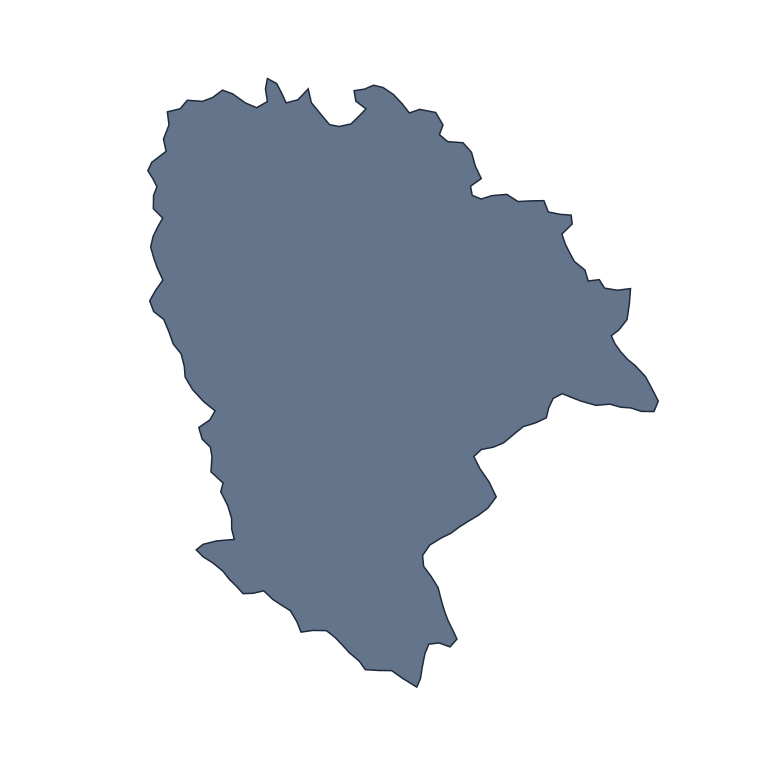 the district of Chalé, Minas Gerais, Brazil, rotated 101°
{"feature_id": "56859067B57408649157877", "entity_name": "Chalé", "entity_type": "district", "adm_level": 2, "iso_a3": "BRA", "parent_name": "Brazil", "parent_adm1": "Minas Gerais", "projection": "robinson", "projection_center": [-41.659, -20.023], "detail": "fine", "context": "isolated", "style": "filled", "palette": "slate", "viewbox_px": 768, "rotation_deg": 101, "n_neighbors": 0, "source": "geoboundaries", "source_scale": "gbopen_adm2", "svg_char_len": 2411}
<svg xmlns="http://www.w3.org/2000/svg" viewBox="0 0 768 768"><g transform="rotate(101 384 384)"><path d="M386.2,218.2L376.3,217.8L365.9,215.2L359.5,207.2L361.3,197.9L363.2,187.5L364.5,171.8L360.7,158.5L361.6,147.1L360.4,137.1L361.8,126.1L359.5,113.7L348.5,111.5L340.8,117.4L326.8,128.8L318.1,140.8L313.5,149.4L307.3,157.7L300.4,165.0L293.2,170.1L286.3,163.8L274.3,157.7L257.8,158.5L243.3,160.2L247.4,172.8L247.8,185.8L240.5,192.6L243.9,203.2L233.8,208.5L227.4,220.5L220.5,226.2L212.4,232.5L202.9,238.0L191.0,229.8L182.5,232.5L183.8,242.9L183.8,255.5L173.5,262.0L176.2,274.7L179.3,287.3L174.4,299.7L178.5,314.0L183.9,324.0L182.0,333.4L173.3,336.8L163.8,327.7L152.6,336.0L139.9,342.3L132.1,352.5L133.9,367.8L128.6,377.2L118.5,375.5L107.6,385.1L107.6,401.4L113.1,410.8L105.5,419.6L98.0,430.0L93.1,441.6L92.7,451.3L98.2,459.3L101.8,469.3L111.8,465.6L117.3,454.2L125.3,459.3L135.0,466.0L139.8,477.2L139.8,487.0L131.3,497.4L121.7,509.0L108.7,514.7L121.4,522.7L126.7,533.7L118.2,539.8L109.5,546.7L106.4,556.7L116.8,556.7L129.0,552.4L137.1,561.8L134.5,573.8L128.1,587.9L126.3,598.5L135.7,607.2L141.2,616.2L143.0,631.3L152.7,636.6L158.2,648.6L170.7,644.5L185.7,647.2L197.1,642.3L203.9,648.2L210.7,654.3L219.7,656.5L226.9,649.8L233.8,644.5L242.8,646.2L255.9,643.9L263.3,632.9L272.7,636.0L283.1,638.8L294.1,639.2L304.2,634.1L313.2,628.8L324.1,620.9L336.0,626.2L347.1,629.9L356.8,623.9L362.7,612.5L373.6,605.2L385.0,598.5L393.1,588.9L404.8,583.4L415.2,580.5L426.1,570.8L435.7,557.7L442.6,544.7L452.5,548.1L462.0,557.5L472.8,552.0L479.2,542.4L488.2,539.0L503.2,537.1L511.9,523.1L520.9,523.7L533.3,514.1L544.9,508.0L555.5,505.8L565.1,501.3L570.0,518.4L575.9,531.0L582.6,536.7L588.1,528.8L592.3,517.8L598.5,506.4L605.4,498.4L610.7,490.3L616.7,482.3L614.4,472.5L610.0,462.6L616.7,452.0L621.1,441.2L624.5,432.6L633.9,424.2L643.4,418.1L639.5,406.9L637.1,393.5L642.0,383.9L647.7,375.7L654.4,366.8L660.8,355.4L668.0,347.8L666.2,334.4L663.9,321.7L669.4,309.7L675.3,294.0L666.3,292.0L654.8,292.4L641.1,292.4L630.9,290.4L627.7,280.6L629.5,269.0L620.5,263.7L611.8,270.0L604.4,275.7L595.9,281.0L585.8,286.3L573.6,292.0L564.1,300.8L555.4,310.3L545.0,313.4L533.3,308.3L524.1,298.3L517.7,289.8L509.8,282.6L502.9,275.3L494.8,266.3L486.1,258.4L473.4,252.3L460.3,262.0L448.8,273.7L438.0,282.0L429.7,275.9L425.3,264.9L418.9,255.3L408.1,246.6L399.3,239.2L393.1,227.6L386.2,218.2Z" fill="#64748b" stroke="#1e293b" stroke-width="1.5"/></g></svg>